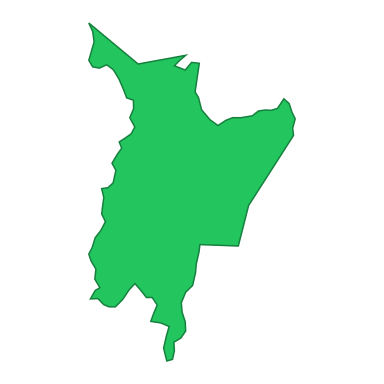 Divina Pastora, Sergipe, Brazil
{"feature_id": "56859067B98111685296197", "entity_name": "Divina Pastora", "entity_type": "district", "adm_level": 2, "iso_a3": "BRA", "parent_name": "Brazil", "parent_adm1": "Sergipe", "projection": "equal_earth", "projection_center": [-37.165, -10.679], "detail": "fine", "context": "isolated", "style": "filled", "palette": "green", "viewbox_px": 384, "rotation_deg": 0, "n_neighbors": 0, "source": "geoboundaries", "source_scale": "gbopen_adm2", "svg_char_len": 1295}
<svg xmlns="http://www.w3.org/2000/svg" viewBox="0 0 384 384"><path d="M289.2,103.6L283.9,98.8L277.5,108.4L271.0,110.3L265.3,110.0L258.4,111.0L252.3,115.8L240.9,117.7L232.6,117.7L225.9,120.3L217.9,125.5L210.1,119.8L201.6,109.8L198.5,97.6L195.1,91.9L199.3,63.3L191.6,62.4L185.2,70.0L174.4,65.8L179.4,60.7L185.7,55.3L138.1,64.0L88.8,23.0L92.7,31.6L94.1,41.9L88.8,60.3L92.7,66.9L99.4,68.1L106.8,64.8L113.4,69.8L118.9,78.9L123.3,89.0L126.7,97.9L133.4,100.2L133.6,108.7L129.8,117.7L134.8,127.0L131.2,133.8L124.8,138.3L119.2,141.9L121.7,148.2L117.3,154.3L112.0,163.2L115.9,170.3L113.1,182.9L107.9,187.7L101.7,188.6L103.8,197.6L102.6,206.2L101.7,213.9L105.4,221.7L100.7,230.7L95.2,237.7L92.3,247.2L88.8,254.1L91.1,261.0L95.9,269.1L94.8,279.1L99.9,287.7L95.2,290.5L90.4,298.9L97.9,298.6L103.7,304.6L108.8,306.8L115.3,306.9L122.6,299.6L129.3,289.6L135.0,283.6L140.5,290.0L146.4,297.5L152.2,297.5L157.2,305.0L153.6,313.6L150.8,321.4L160.6,322.9L169.1,326.5L166.4,336.0L163.6,348.2L166.8,361.0L172.5,359.4L174.4,350.8L173.9,342.2L180.8,338.1L185.7,331.0L185.2,321.7L182.1,312.1L181.3,302.7L185.7,292.2L192.6,285.5L195.5,272.9L196.3,263.9L199.0,252.0L199.9,244.6L238.3,246.0L248.6,205.5L293.5,135.5L292.7,128.1L295.2,118.8L291.9,112.1L289.2,103.6Z" fill="#22c55e" stroke="#15803d" stroke-width="1.5"/></svg>